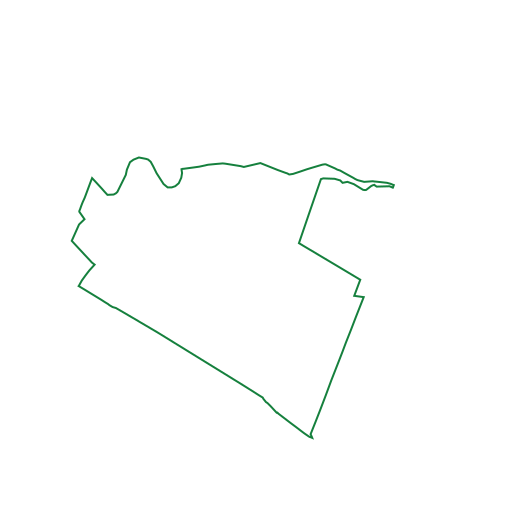 outline of Robeasca, Buzau, Romania, rotated 136°
{"feature_id": "2599482B80485604843100", "entity_name": "Robeasca", "entity_type": "district", "adm_level": 2, "iso_a3": "ROU", "parent_name": "Romania", "parent_adm1": "Buzau", "projection": "robinson", "projection_center": [27.128, 45.133], "detail": "fine", "context": "isolated", "style": "outline", "palette": "green", "viewbox_px": 512, "rotation_deg": 136, "n_neighbors": 0, "source": "geoboundaries", "source_scale": "gbopen_adm2", "svg_char_len": 2292}
<svg xmlns="http://www.w3.org/2000/svg" viewBox="0 0 512 512"><g transform="rotate(136 256 256)"><path d="M404.4,357.5L403.8,355.2L403.7,354.8L402.7,351.1L401.2,345.3L397.7,331.9L396.8,328.0L395.8,324.2L395.6,322.5L394.7,319.2L394.5,318.7L392.9,315.9L385.9,291.1L385.9,290.9L380.0,269.7L357.9,183.2L354.6,170.2L354.1,168.2L350.5,153.3L349.5,149.5L349.9,148.2L350.3,144.0L349.9,142.3L349.8,138.0L350.0,128.8L349.7,128.3L349.4,128.3L349.4,126.9L347.5,114.3L347.1,111.7L346.3,106.8L346.2,106.3L345.0,98.3L344.5,95.2L344.2,93.6L343.5,90.2L343.2,88.8L342.5,87.5L341.9,86.1L341.4,87.3L340.5,89.9L328.7,95.2L316.9,100.6L302.4,107.4L288.3,114.2L271.7,121.8L266.9,124.0L260.0,127.2L251.6,131.2L238.8,137.0L226.8,142.6L207.1,151.6L213.0,159.1L197.5,166.5L203.6,189.1L215.1,231.3L215.2,231.8L216.2,235.4L187.7,250.0L155.9,266.2L153.7,265.1L145.8,256.9L142.9,251.8L142.9,248.5L138.7,245.8L135.7,239.7L133.0,229.2L131.8,227.7L130.8,227.0L124.4,226.3L122.5,225.6L121.4,224.9L121.5,224.5L121.0,222.1L111.5,213.4L110.1,210.1L109.8,210.2L108.4,210.9L107.6,211.3L108.1,212.3L108.7,213.7L109.0,214.4L109.8,215.7L110.9,217.6L117.8,225.9L119.1,227.4L120.1,228.7L121.9,230.2L126.7,234.2L129.8,239.3L130.4,240.4L131.2,242.6L131.7,244.6L134.7,254.2L136.1,259.0L137.5,261.6L138.3,264.1L142.1,273.4L143.1,274.4L144.8,275.6L154.8,280.8L159.1,283.0L165.7,286.1L172.3,289.3L175.3,291.4L175.7,292.1L176.0,293.4L177.2,295.7L180.6,302.7L188.3,319.8L202.9,328.5L204.6,331.3L214.0,343.8L215.6,345.7L221.0,350.1L226.9,354.8L228.1,355.6L229.5,356.4L234.8,359.7L239.6,363.2L247.2,368.8L248.3,369.7L249.3,370.2L251.6,367.0L255.4,364.2L261.0,362.0L265.6,362.3L269.0,363.9L271.9,366.7L272.2,369.3L272.5,372.0L270.0,384.6L267.7,391.8L266.3,396.9L266.6,400.3L267.6,402.2L271.8,408.2L277.2,410.4L281.5,411.0L288.9,407.8L293.3,404.8L311.2,398.4L313.2,398.4L315.7,399.1L320.4,403.2L320.3,407.4L320.1,411.5L320.0,415.6L319.9,419.3L319.8,425.9L323.7,424.1L336.2,418.1L339.0,416.8L343.3,415.1L345.3,414.2L347.0,413.4L349.6,412.1L352.0,411.0L352.4,410.4L353.8,401.6L360.1,401.6L361.0,401.6L361.6,401.5L378.0,394.9L378.2,386.3L378.4,376.0L378.5,368.4L378.6,365.4L378.1,361.9L385.7,361.4L388.6,361.0L392.5,360.4L398.6,359.3L399.1,359.1L401.5,358.4L403.7,357.7L404.3,357.5L404.4,357.5Z" fill="none" stroke="#15803d" stroke-width="2"/></g></svg>